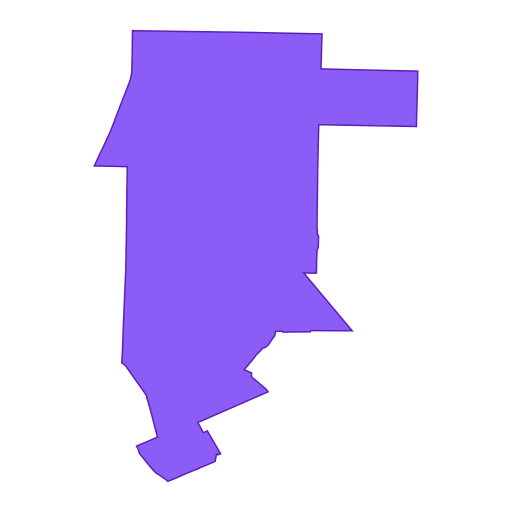 Gheorghe Lazar, Ialomita, Romania
{"feature_id": "2599482B83475283198024", "entity_name": "Gheorghe Lazar", "entity_type": "district", "adm_level": 2, "iso_a3": "ROU", "parent_name": "Romania", "parent_adm1": "Ialomita", "projection": "robinson", "projection_center": [27.442, 44.628], "detail": "fine", "context": "isolated", "style": "filled", "palette": "violet", "viewbox_px": 512, "rotation_deg": 0, "n_neighbors": 0, "source": "geoboundaries", "source_scale": "gbopen_adm2", "svg_char_len": 2917}
<svg xmlns="http://www.w3.org/2000/svg" viewBox="0 0 512 512"><path d="M322.0,33.9L321.8,33.9L307.9,33.6L262.4,32.7L254.6,32.5L230.1,32.1L227.6,32.0L226.7,32.1L200.4,31.7L179.2,31.4L161.1,31.1L145.6,30.9L138.9,30.8L132.5,30.7L132.5,34.1L132.4,37.1L132.3,46.0L132.3,49.0L132.2,52.4L132.2,55.5L132.1,58.0L132.0,60.7L132.0,63.9L131.9,69.1L131.7,72.4L131.5,73.9L131.4,74.9L131.2,75.8L130.7,77.6L130.3,79.6L128.8,83.8L127.9,86.1L125.9,91.2L123.9,96.4L123.1,98.3L121.0,103.8L120.7,104.6L119.6,107.5L118.9,109.4L117.8,112.0L117.2,113.6L116.6,115.3L115.4,118.3L114.7,120.3L113.2,124.1L112.2,126.6L110.6,130.9L109.9,132.4L108.8,135.1L107.7,137.1L105.5,142.0L103.2,147.0L100.2,153.2L97.9,158.1L94.5,165.6L94.3,166.0L97.6,166.0L117.7,166.4L127.3,166.7L126.9,190.6L126.8,200.5L126.6,212.3L126.6,216.3L126.6,223.3L126.6,223.8L126.4,235.2L126.3,243.9L126.2,246.4L126.1,250.5L126.0,258.4L125.7,271.9L125.6,273.3L125.3,280.2L125.0,286.9L124.4,301.2L123.3,326.3L123.2,330.6L122.5,350.0L121.8,362.8L122.3,363.3L123.2,363.9L124.9,365.1L125.5,365.7L126.6,367.2L127.4,368.4L128.4,369.8L130.7,373.1L145.9,394.6L146.6,396.4L146.9,398.0L147.5,399.9L148.3,402.6L150.8,411.5L157.5,437.2L154.2,438.5L150.9,440.0L148.1,441.2L143.1,443.3L136.5,446.1L137.8,448.5L138.5,450.2L138.6,450.5L139.4,453.5L146.1,461.6L146.2,461.9L147.7,463.6L149.8,466.2L152.8,469.6L155.1,472.2L157.0,473.5L160.3,475.7L164.1,478.4L167.3,480.7L167.8,481.3L175.9,478.1L182.1,475.3L182.5,475.1L183.7,474.6L187.0,473.2L192.8,470.8L195.3,469.8L198.3,468.7L199.1,468.4L199.5,468.1L199.9,467.8L210.3,463.5L214.9,461.5L215.2,461.2L215.7,458.3L216.2,455.7L216.5,454.3L216.9,453.9L217.4,454.0L217.9,454.8L220.3,453.9L220.6,453.8L218.2,449.6L214.6,443.4L207.3,430.9L203.4,432.7L197.8,422.5L212.7,416.0L221.4,412.2L236.2,405.7L251.1,399.2L268.1,391.8L266.1,389.2L261.7,385.4L258.3,382.5L251.6,377.0L251.5,376.6L251.5,376.4L251.6,372.9L244.5,369.9L244.1,369.7L245.1,368.6L247.7,365.7L248.5,364.6L249.7,362.9L250.6,362.2L253.8,358.1L255.6,355.7L256.8,354.3L260.5,350.7L262.4,348.6L262.7,348.2L262.9,348.0L263.1,347.9L263.5,347.9L263.9,347.9L264.4,347.7L265.1,347.4L265.6,347.1L267.0,346.0L267.6,345.6L268.3,344.9L269.5,343.2L271.2,340.5L272.4,338.9L273.6,337.3L274.3,336.4L274.8,335.3L275.3,333.1L275.5,331.6L275.6,331.2L280.0,331.2L281.6,331.0L282.5,331.8L282.9,332.1L296.6,331.9L310.4,331.8L310.5,331.1L310.8,330.6L350.1,330.8L352.2,330.8L323.4,296.5L313.6,284.8L306.4,276.1L303.8,272.9L315.1,273.2L316.2,273.2L316.4,272.9L316.4,272.7L316.5,269.6L316.6,261.4L316.8,255.5L317.1,249.8L317.3,249.2L318.3,247.5L318.3,247.3L318.6,235.9L317.7,234.7L317.3,234.0L317.4,231.9L317.4,230.2L317.4,229.8L317.1,229.4L317.1,229.2L317.0,225.4L317.4,195.6L317.7,169.8L318.5,133.7L318.8,124.6L319.1,124.7L334.8,125.0L405.0,126.3L416.4,126.5L417.0,103.8L417.6,80.8L417.7,71.1L408.3,70.9L384.0,70.4L365.7,70.0L320.9,68.9L321.3,58.4L322.0,33.9Z" fill="#8b5cf6" stroke="#5b21b6" stroke-width="1.5"/></svg>